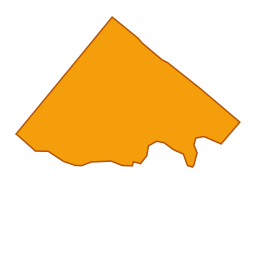 outline of Osage, Missouri, United States of America, rotated 219°
{"feature_id": "52423323B54445613947141", "entity_name": "Osage", "entity_type": "district", "adm_level": 2, "iso_a3": "USA", "parent_name": "United States of America", "parent_adm1": "Missouri", "projection": "robinson", "projection_center": [-91.946, 38.498], "detail": "fine", "context": "isolated", "style": "filled", "palette": "amber", "viewbox_px": 256, "rotation_deg": 219, "n_neighbors": 0, "source": "geoboundaries", "source_scale": "gbopen_adm2", "svg_char_len": 599}
<svg xmlns="http://www.w3.org/2000/svg" viewBox="0 0 256 256"><g transform="rotate(219 128 128)"><path d="M209.2,53.0L185.5,51.8L175.3,59.7L157.0,61.5L145.3,65.8L140.3,69.6L135.3,78.3L120.3,91.7L108.9,95.2L100.8,101.3L102.5,105.2L95.8,108.2L96.0,118.3L100.9,127.1L97.3,135.8L90.5,139.3L78.9,139.8L68.6,142.6L58.1,136.3L53.3,138.2L53.4,140.5L58.7,152.2L66.1,156.3L69.0,162.9L63.5,169.2L45.6,174.2L45.2,187.1L44.8,202.9L96.1,204.1L138.3,203.7L144.6,202.4L170.9,202.9L176.3,204.1L210.1,204.2L210.4,149.8L210.5,139.8L211.2,52.8L209.2,53.0Z" fill="#f59e0b" stroke="#b45309" stroke-width="1.5"/></g></svg>